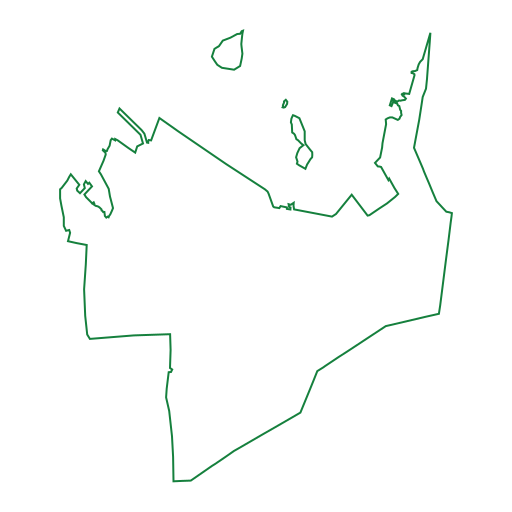 outline of Al Mu'alla, `Adan, Yemen
{"feature_id": "15242507B93201212408360", "entity_name": "Al Mu'alla", "entity_type": "district", "adm_level": 2, "iso_a3": "YEM", "parent_name": "Yemen", "parent_adm1": "`Adan", "projection": "equal_earth", "projection_center": [45.013, 12.791], "detail": "fine", "context": "isolated", "style": "outline", "palette": "green", "viewbox_px": 512, "rotation_deg": 0, "n_neighbors": 0, "source": "geoboundaries", "source_scale": "gbopen_adm2", "svg_char_len": 3752}
<svg xmlns="http://www.w3.org/2000/svg" viewBox="0 0 512 512"><path d="M430.4,32.8L422.7,59.2L420.1,61.9L418.7,64.4L417.6,67.9L417.2,70.1L414.9,71.1L413.2,71.2L412.2,71.4L411.5,72.0L411.6,73.0L412.8,73.2L414.4,74.2L414.5,75.3L409.2,93.9L405.6,93.5L404.2,93.2L404.2,94.2L402.4,93.7L401.8,94.3L402.6,95.7L404.1,96.6L405.9,98.6L404.9,99.9L402.0,100.3L400.6,100.7L399.0,100.5L397.1,101.7L394.1,99.9L394.0,99.3L392.0,98.4L389.8,105.3L391.5,106.1L393.1,102.3L393.2,101.4L394.8,102.7L397.2,103.6L397.9,105.3L399.3,106.1L400.2,109.8L401.1,110.9L401.1,112.9L401.6,115.0L400.1,117.0L399.5,118.7L397.8,119.9L394.3,118.3L392.3,117.4L389.9,117.4L387.6,118.3L385.7,119.5L385.9,121.6L386.1,124.2L382.5,143.2L382.1,147.6L380.1,157.5L375.0,162.9L377.8,166.4L379.8,166.6L381.1,167.0L388.4,180.1L389.2,178.6L394.5,188.1L398.2,193.9L395.0,197.0L386.9,203.5L379.4,208.4L369.4,215.2L367.6,215.6L351.7,194.7L336.0,214.0L332.0,216.6L294.1,209.4L293.5,205.6L293.7,202.8L290.7,204.8L288.6,204.2L289.1,206.9L290.5,207.5L290.4,209.5L286.9,208.9L286.9,207.4L280.6,206.1L279.3,208.1L277.5,207.8L274.2,207.3L273.2,206.5L268.6,193.7L267.6,191.6L264.9,189.3L226.2,164.1L178.2,131.3L159.4,118.0L151.1,140.4L148.8,140.0L148.2,141.4L148.2,142.8L147.0,142.6L145.4,137.1L144.4,133.7L141.7,130.2L119.5,108.5L117.8,112.5L140.5,134.8L143.0,143.5L137.2,146.4L135.2,152.6L128.4,148.0L117.8,140.4L115.2,139.0L115.1,140.3L111.9,138.6L110.7,140.2L109.6,145.7L107.4,149.5L107.0,150.9L105.8,151.1L103.1,149.4L102.8,150.3L105.5,152.8L105.7,154.6L103.5,160.8L98.9,171.3L100.9,174.3L108.7,188.8L110.0,196.6L110.7,199.2L113.0,208.1L112.0,210.6L110.3,214.3L109.1,216.0L108.6,217.2L107.8,216.6L106.3,217.6L104.9,216.0L104.4,212.0L103.2,212.1L102.5,211.0L101.6,210.5L101.5,209.4L99.7,207.6L98.5,206.7L97.5,206.3L95.6,205.8L93.6,204.4L94.3,203.7L93.7,202.3L92.1,203.4L91.0,202.1L86.1,197.2L84.4,194.5L92.0,186.4L89.3,182.7L88.0,183.9L85.7,181.1L83.9,184.4L84.8,188.1L80.0,193.2L77.2,190.6L76.7,188.5L79.3,184.8L70.8,174.3L69.2,176.9L67.3,180.6L61.7,187.9L60.1,189.3L60.1,193.3L60.1,198.4L61.4,205.6L63.8,217.3L63.8,225.9L66.1,230.8L69.2,230.0L70.1,232.8L68.0,241.2L76.6,243.1L86.7,245.0L85.8,264.5L84.1,289.3L85.2,315.8L87.2,334.5L89.9,338.9L133.9,335.4L170.1,334.2L170.6,349.9L170.0,368.0L172.2,369.5L171.0,372.0L168.7,372.2L166.7,388.6L166.1,397.4L169.2,411.0L172.0,436.3L173.1,456.9L173.5,481.3L182.3,480.9L190.8,480.6L204.8,470.9L212.0,465.9L214.9,464.1L224.9,457.3L233.9,451.0L237.6,448.9L262.1,434.7L281.1,423.8L300.4,412.6L310.1,389.0L313.5,380.6L317.3,371.1L323.4,367.3L324.9,366.2L338.5,357.1L348.0,351.0L385.8,326.1L390.2,325.1L426.4,316.6L438.9,313.8L440.2,305.3L445.9,260.3L448.5,240.3L450.7,222.4L451.5,216.6L451.9,213.1L449.3,212.3L446.3,211.7L441.7,206.8L440.8,205.8L436.5,201.2L432.5,191.8L429.0,183.3L426.8,178.2L423.9,171.3L423.0,168.8L420.1,162.0L414.0,147.8L415.2,141.3L419.2,119.9L421.5,105.0L422.7,97.0L426.0,88.7L427.0,79.0L427.2,76.1L429.7,42.7L430.4,32.8ZM241.7,58.6L242.4,53.7L241.5,46.2L241.3,44.0L241.9,38.0L242.4,33.6L243.0,30.7L241.7,31.2L240.1,33.8L237.2,34.0L230.4,37.7L222.8,40.6L219.0,46.1L214.5,48.8L211.9,56.7L214.8,61.2L217.3,64.8L221.9,67.8L234.1,69.7L240.1,66.0L241.7,58.6ZM308.7,162.0L310.4,159.2L312.1,157.3L312.3,155.0L312.2,152.2L310.1,149.7L305.6,144.0L304.7,140.2L304.7,131.3L299.4,118.2L294.9,115.9L293.0,115.2L292.2,116.8L291.4,118.7L290.9,122.3L291.8,124.5L292.2,132.5L294.0,133.7L294.9,134.9L295.5,136.5L296.4,139.2L298.0,140.2L301.1,143.4L303.4,145.2L299.6,148.2L297.3,153.1L296.1,157.3L296.9,159.7L297.5,161.6L296.9,163.7L299.0,165.2L305.4,168.8L307.1,164.5L308.7,162.0ZM283.7,107.6L285.1,107.1L287.1,103.9L287.3,101.7L285.8,99.8L284.0,101.4L284.1,102.4L282.9,105.3L283.1,106.3L282.6,107.3L283.7,107.6Z" fill="none" stroke="#15803d" stroke-width="2"/></svg>